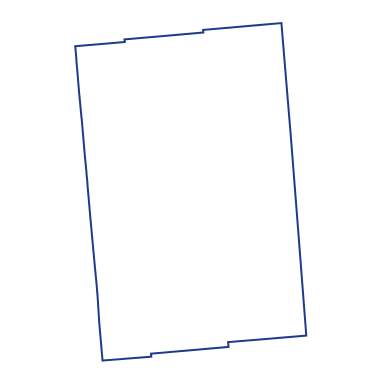 the district of Cherry, Nebraska, United States of America, rotated 265°
{"feature_id": "52423323B98864499560077", "entity_name": "Cherry", "entity_type": "district", "adm_level": 2, "iso_a3": "USA", "parent_name": "United States of America", "parent_adm1": "Nebraska", "projection": "mercator", "projection_center": [-100.973, 42.543], "detail": "fine", "context": "isolated", "style": "outline", "palette": "blue", "viewbox_px": 384, "rotation_deg": 265, "n_neighbors": 0, "source": "geoboundaries", "source_scale": "gbopen_adm2", "svg_char_len": 635}
<svg xmlns="http://www.w3.org/2000/svg" viewBox="0 0 384 384"><g transform="rotate(265 192 192)"><path d="M352.5,295.8L352.5,217.2L349.9,217.2L349.9,138.1L347.3,138.1L347.3,123.2L347.4,88.4L334.1,88.4L333.1,88.3L322.0,88.3L321.1,88.3L301.4,88.2L291.1,88.3L289.5,88.3L288.0,88.3L275.9,88.4L274.8,88.5L235.3,88.4L231.9,88.5L228.8,88.5L220.1,88.6L219.1,88.5L213.1,88.6L205.9,88.5L175.2,88.5L174.8,88.5L174.6,88.5L129.3,88.7L108.4,88.9L93.7,88.8L70.8,88.2L31.9,88.2L31.5,137.1L34.5,137.1L34.5,214.9L39.3,214.9L39.0,293.3L44.7,293.4L141.7,294.4L238.9,295.3L335.8,295.7L352.5,295.8Z" fill="none" stroke="#1e3a8a" stroke-width="2"/></g></svg>